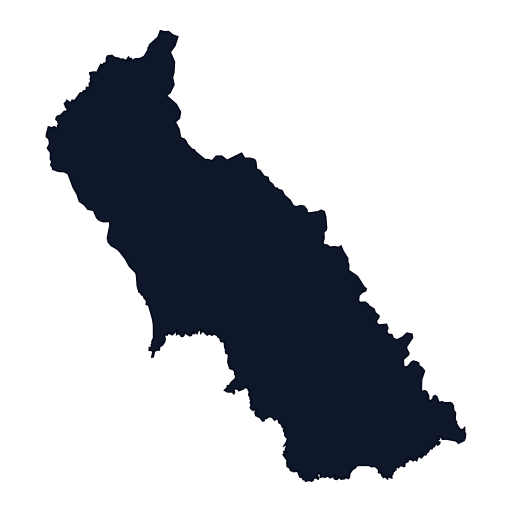 outline of Bo Rai, Trat, Thailand
{"feature_id": "78962969B7506973022897", "entity_name": "Bo Rai", "entity_type": "district", "adm_level": 2, "iso_a3": "THA", "parent_name": "Thailand", "parent_adm1": "Trat", "projection": "natural_earth1", "projection_center": [102.579, 12.575], "detail": "fine", "context": "isolated", "style": "filled", "palette": "ink", "viewbox_px": 512, "rotation_deg": 0, "n_neighbors": 0, "source": "geoboundaries", "source_scale": "gbopen_adm2", "svg_char_len": 6005}
<svg xmlns="http://www.w3.org/2000/svg" viewBox="0 0 512 512"><path d="M177.8,36.7L173.2,35.2L168.6,31.6L164.0,31.7L160.4,30.7L158.0,37.2L149.4,44.9L149.4,46.5L148.1,47.7L148.0,50.0L144.2,56.4L140.0,58.6L134.8,58.9L133.1,60.5L132.1,60.4L131.3,58.5L130.0,58.8L128.5,57.0L126.0,60.8L122.9,59.0L120.9,59.4L118.1,58.0L115.2,57.8L111.9,55.4L107.5,56.0L106.5,57.9L106.2,63.2L104.0,63.1L102.3,65.0L100.7,64.4L96.5,73.0L95.4,73.2L94.9,71.9L89.8,72.7L89.9,74.6L91.0,75.9L90.3,79.3L91.1,81.4L89.4,83.1L89.4,87.9L86.5,87.3L86.0,90.7L83.4,91.0L82.2,93.2L80.3,92.8L74.7,100.6L72.0,100.2L71.4,103.1L66.7,100.4L66.2,102.0L64.4,103.4L65.9,107.5L67.4,108.7L66.9,111.2L64.2,111.4L60.9,115.1L57.2,116.3L56.3,117.6L55.9,119.5L57.4,120.6L58.7,124.0L57.5,125.9L57.6,127.8L56.7,128.3L54.2,126.6L52.1,127.9L48.4,126.8L46.4,134.6L46.4,136.9L48.7,138.5L49.2,140.5L49.6,144.0L47.4,148.1L50.6,152.8L50.4,159.3L51.9,161.5L50.7,165.0L52.7,167.7L52.6,169.2L58.3,171.3L64.2,171.7L68.1,173.8L73.3,187.7L77.1,194.2L79.4,201.4L84.3,204.7L87.9,209.3L93.4,210.3L96.7,217.8L99.2,220.2L103.2,221.7L109.6,221.5L109.9,225.3L107.4,238.0L108.2,241.9L111.1,245.5L117.5,249.3L120.2,252.1L125.6,259.2L129.4,266.3L135.3,272.2L136.4,274.5L137.3,286.2L139.0,292.1L140.5,292.7L141.5,294.9L143.1,295.0L143.9,297.6L146.7,301.0L146.2,304.3L148.7,305.3L152.6,319.2L153.5,324.9L153.6,337.9L151.9,341.6L152.0,344.2L151.3,344.6L151.6,346.4L151.2,347.6L149.4,347.4L149.2,348.8L149.2,350.3L151.5,350.4L152.9,351.6L151.8,357.2L153.3,356.9L154.4,351.4L156.5,350.2L159.3,350.0L159.7,346.6L162.3,345.2L164.6,341.9L165.2,339.4L164.5,335.5L165.7,334.6L167.2,335.1L168.1,332.9L172.3,334.8L175.3,332.0L176.2,330.0L176.9,330.6L176.6,334.6L179.4,333.4L180.9,336.0L182.4,336.6L183.9,335.5L184.4,332.6L189.7,335.8L191.4,335.3L192.4,332.8L194.3,333.6L194.1,331.3L197.0,333.7L198.0,331.0L200.3,329.0L200.8,333.2L202.7,330.9L207.1,335.1L210.0,333.4L210.5,334.5L212.1,335.2L214.0,333.9L217.3,335.5L218.1,337.1L219.9,338.2L220.8,341.5L224.2,342.0L224.9,348.2L226.2,348.7L225.4,350.4L225.9,353.2L228.1,353.9L228.5,355.6L227.8,362.2L229.9,368.6L233.5,369.7L234.8,371.9L234.6,374.1L235.9,376.0L235.2,378.8L231.0,382.5L229.4,385.7L227.4,385.7L227.2,387.6L224.5,390.3L227.3,391.9L232.1,392.0L233.9,393.8L234.6,392.3L233.9,390.0L234.4,389.0L237.2,388.8L238.9,390.7L243.4,388.9L246.0,386.5L246.8,388.2L248.5,388.7L248.4,390.5L249.6,391.6L248.6,394.7L250.5,398.3L250.1,399.2L251.0,399.7L250.3,403.1L251.4,404.9L250.2,407.7L252.0,409.8L253.4,408.9L253.4,410.3L255.1,409.4L256.1,411.1L254.9,412.4L255.8,415.6L260.0,417.6L262.6,421.0L264.0,420.8L264.7,418.6L266.5,418.4L268.9,416.6L272.1,417.2L274.6,420.2L276.3,418.8L278.3,419.6L278.8,422.6L281.2,424.2L282.7,427.6L284.6,428.2L283.4,430.5L284.9,433.1L284.8,435.4L285.6,435.3L285.5,436.6L287.4,438.1L286.8,441.5L284.1,445.8L286.4,444.8L286.6,446.4L285.3,449.3L286.3,451.7L283.9,451.4L284.2,453.6L283.1,454.6L287.5,460.9L286.8,462.2L287.2,466.6L290.3,468.4L290.2,470.0L291.3,471.0L292.8,470.7L293.4,471.6L297.6,471.2L299.7,476.9L302.5,477.7L303.0,479.5L304.9,479.9L305.6,481.3L308.9,480.3L311.7,481.2L313.2,480.3L313.6,478.3L315.2,477.7L318.2,479.1L318.9,477.3L317.5,476.7L317.3,475.6L317.9,473.9L319.1,473.3L319.9,473.6L320.8,477.3L323.4,476.5L324.9,477.4L327.6,475.9L330.2,477.8L335.1,476.0L334.1,478.4L335.3,479.3L337.0,479.4L339.0,477.4L341.2,479.2L344.7,478.7L345.2,477.2L348.3,478.6L349.2,477.7L349.9,473.3L352.8,469.3L355.4,467.9L356.6,465.8L358.8,465.4L368.8,465.4L371.4,466.7L375.0,466.3L378.7,469.6L378.5,472.5L382.3,473.8L381.6,475.1L383.5,477.5L384.9,476.6L387.6,478.9L388.1,476.7L389.2,475.7L389.8,477.4L391.8,478.0L391.6,475.3L392.6,474.5L393.1,472.1L394.4,471.2L394.3,470.0L396.0,469.9L395.6,468.3L396.2,466.8L398.3,467.7L400.9,465.2L403.7,466.6L404.7,466.3L404.9,462.8L408.0,461.7L408.4,458.8L410.1,459.8L411.5,459.3L413.0,460.9L415.0,459.5L416.7,460.7L417.8,457.1L420.4,456.2L420.4,457.5L421.5,457.8L424.0,454.8L426.0,454.8L426.6,452.8L428.2,451.9L430.2,448.0L431.9,448.9L432.8,447.0L433.9,446.9L435.1,445.2L435.1,443.2L436.2,443.3L437.6,445.1L439.2,444.2L440.0,442.3L438.1,441.3L437.6,439.5L439.3,439.3L438.7,437.8L439.1,436.8L441.3,437.5L442.4,439.3L446.6,439.1L456.4,441.0L458.4,443.3L464.1,440.5L465.2,438.0L465.6,433.9L464.6,432.1L464.6,427.8L463.1,429.5L460.4,429.8L457.7,425.9L456.3,423.2L456.6,421.9L455.1,420.0L455.5,412.7L453.7,410.5L453.3,405.7L451.9,403.4L450.4,402.6L444.9,402.9L441.9,401.7L439.0,402.5L436.9,396.9L435.2,395.5L433.4,396.5L433.0,398.7L430.4,401.2L428.4,399.1L428.7,395.9L426.6,391.7L425.1,390.8L421.3,391.3L421.6,379.6L424.5,370.9L422.0,367.7L418.7,365.5L418.9,363.6L417.9,362.4L413.4,361.0L411.1,362.4L408.4,365.9L406.7,366.8L404.7,367.0L403.6,365.8L403.3,359.4L408.0,355.3L409.0,353.4L406.6,348.7L406.5,346.7L412.5,337.7L412.0,334.2L406.8,333.1L402.7,337.1L396.9,339.9L393.4,338.4L391.7,334.5L388.6,334.5L387.1,332.3L386.7,331.2L387.9,328.1L386.5,324.3L379.3,325.0L377.8,324.3L376.5,322.4L376.5,320.7L378.8,317.3L379.0,315.8L375.2,312.6L374.2,309.2L369.0,305.9L368.1,304.3L365.1,302.1L360.3,302.5L358.4,300.9L359.0,295.5L362.1,292.4L365.7,290.8L366.2,288.6L364.2,287.2L357.4,276.4L348.6,270.4L348.7,264.4L347.7,262.0L347.7,258.4L343.0,250.9L341.0,245.9L338.9,247.4L334.1,246.7L330.1,247.2L327.2,245.1L324.2,244.7L322.8,242.9L324.1,238.4L323.8,232.0L326.0,230.2L326.6,228.2L325.7,216.7L324.3,211.7L321.0,210.2L318.4,211.7L309.2,213.0L307.1,212.4L306.8,209.5L304.0,206.2L300.8,205.6L296.1,206.8L293.3,205.8L290.0,200.1L284.5,195.5L282.0,190.5L278.5,189.7L277.0,188.1L274.6,187.9L272.7,184.3L269.0,181.4L268.0,177.4L263.9,176.1L260.0,170.5L256.6,169.1L255.8,161.6L254.5,159.5L250.2,158.3L244.7,158.3L241.6,153.2L227.0,160.3L221.7,156.1L216.3,156.2L212.1,160.8L207.6,159.5L205.3,159.8L195.9,152.2L194.2,149.8L192.2,149.4L187.3,144.2L186.0,141.1L184.1,139.0L180.6,137.8L179.0,129.2L175.2,122.0L179.4,118.3L180.5,112.0L176.2,104.3L166.9,96.1L167.2,94.9L170.0,92.8L174.0,84.7L172.5,77.5L173.9,72.2L174.5,61.9L170.2,52.1L175.0,45.5L177.8,36.7Z" fill="#0f172a" stroke="#020617" stroke-width="1.5"/></svg>